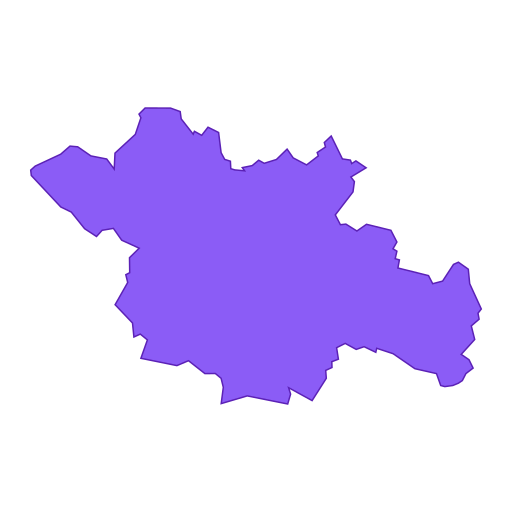 Strumitsa, Strumitsa, North Macedonia (Natural Earth projection)
{"feature_id": "65306769B9612885815739", "entity_name": "Strumitsa", "entity_type": "district", "adm_level": 2, "iso_a3": "MKD", "parent_name": "North Macedonia", "parent_adm1": "Strumitsa", "projection": "natural_earth1", "projection_center": [22.651, 41.408], "detail": "fine", "context": "isolated", "style": "filled", "palette": "violet", "viewbox_px": 512, "rotation_deg": 0, "n_neighbors": 0, "source": "geoboundaries", "source_scale": "gbopen_adm2", "svg_char_len": 1657}
<svg xmlns="http://www.w3.org/2000/svg" viewBox="0 0 512 512"><path d="M331.2,136.0L324.3,142.5L325.5,147.0L317.2,152.5L318.3,155.9L306.6,164.9L293.2,157.9L287.1,149.1L276.4,159.5L264.2,163.3L258.7,160.2L252.2,165.6L242.3,167.6L244.6,170.8L234.8,169.9L230.8,168.7L230.4,161.2L224.7,159.4L221.1,152.7L218.6,132.5L208.0,127.2L201.7,135.3L194.4,131.3L193.2,134.2L181.2,118.9L180.2,111.6L170.6,108.1L145.1,108.0L139.0,114.1L140.9,117.8L135.3,134.4L115.0,153.1L114.2,169.1L106.7,159.0L90.9,155.9L77.7,146.8L70.0,146.1L60.7,154.2L35.2,166.1L30.7,170.1L31.3,175.5L60.8,207.0L71.3,212.1L84.6,228.7L96.5,236.5L102.1,230.3L113.4,228.4L121.7,240.2L139.2,248.2L129.5,257.7L129.7,272.7L125.8,274.7L127.7,282.5L115.1,304.7L132.5,323.0L133.9,337.0L140.3,334.1L147.4,339.9L140.9,358.3L176.9,365.6L188.5,360.7L204.9,373.6L215.3,373.5L221.1,378.3L223.3,387.3L221.2,403.6L247.2,395.9L287.7,404.0L290.6,394.1L288.6,387.7L312.1,400.6L326.3,378.3L325.7,370.4L332.0,367.5L331.8,361.7L338.4,359.2L336.6,347.7L345.2,343.4L356.2,349.4L364.1,346.7L375.8,352.3L376.7,348.3L393.1,353.7L414.9,368.7L436.5,373.6L440.7,385.5L444.8,386.6L452.8,385.5L458.4,383.2L462.3,380.6L462.8,379.7L465.9,373.6L473.1,368.1L469.0,359.7L461.2,354.4L474.7,339.5L471.3,325.9L479.1,319.2L478.0,313.2L481.3,309.0L469.7,283.7L468.3,269.2L458.4,262.2L453.5,264.4L442.6,281.1L432.7,283.7L428.5,275.6L397.9,268.0L399.4,259.9L395.2,258.7L396.9,251.2L393.0,248.8L396.9,242.0L390.9,230.3L366.5,224.3L356.9,231.0L345.9,224.1L340.4,224.7L335.3,214.9L353.0,191.9L354.4,181.6L350.9,177.0L366.1,167.8L355.9,160.9L351.7,163.6L350.4,160.1L342.4,158.9L331.2,136.0Z" fill="#8b5cf6" stroke="#5b21b6" stroke-width="1.5"/></svg>